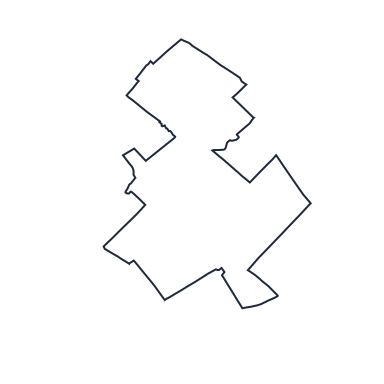 Corni, Galati, Romania (Natural Earth projection), rotated 327°
{"feature_id": "2599482B53256191678615", "entity_name": "Corni", "entity_type": "district", "adm_level": 2, "iso_a3": "ROU", "parent_name": "Romania", "parent_adm1": "Galati", "projection": "natural_earth1", "projection_center": [27.77, 45.857], "detail": "fine", "context": "isolated", "style": "outline", "palette": "slate", "viewbox_px": 384, "rotation_deg": 327, "n_neighbors": 0, "source": "geoboundaries", "source_scale": "gbopen_adm2", "svg_char_len": 3697}
<svg xmlns="http://www.w3.org/2000/svg" viewBox="0 0 384 384"><g transform="rotate(327 192 192)"><path d="M109.3,248.5L109.5,250.8L109.7,256.2L109.9,260.2L110.3,267.8L113.1,267.6L113.6,267.9L118.8,268.1L130.5,268.6L131.5,268.6L135.8,268.7L136.8,268.7L146.1,269.1L159.6,269.2L160.5,269.2L161.3,269.2L162.0,269.3L166.2,269.6L170.0,269.9L170.5,270.7L171.0,271.4L172.2,272.1L175.4,271.8L175.6,276.8L171.8,278.1L171.7,284.6L171.6,286.9L171.4,297.4L171.1,307.9L171.0,315.8L171.0,316.5L170.9,316.9L174.9,318.5L176.4,319.2L177.0,319.5L178.4,320.1L179.9,320.7L181.3,321.2L183.1,321.9L184.9,322.6L186.3,322.9L186.8,323.1L188.2,323.5L190.1,323.8L192.1,324.0L194.0,324.3L195.5,324.4L196.1,324.5L197.2,324.6L197.4,324.6L198.1,324.8L199.4,325.0L201.2,325.3L202.2,325.4L203.1,325.6L204.8,325.8L206.2,325.9L207.4,325.8L207.5,325.6L205.0,313.6L204.8,312.5L203.1,307.4L202.2,304.7L201.6,302.2L199.7,295.9L197.7,291.2L196.3,288.0L205.1,285.5L209.8,284.1L212.7,283.3L214.2,283.0L221.6,281.3L230.7,279.2L249.6,274.8L249.9,274.7L251.8,274.2L263.3,271.5L270.9,269.7L271.2,269.6L271.4,269.6L284.4,266.3L285.3,266.2L285.2,264.8L283.9,254.8L283.3,237.1L283.0,225.0L282.9,221.2L282.8,214.8L282.7,209.2L282.6,207.7L282.6,206.9L277.3,208.5L272.8,209.4L268.3,210.3L266.9,210.7L265.4,211.0L260.2,212.1L245.7,215.5L243.9,209.7L242.4,205.1L241.2,200.2L240.6,198.3L240.2,197.0L239.7,195.0L239.1,193.1L238.5,190.9L237.7,187.8L237.0,185.8L236.6,184.2L235.8,181.3L235.0,178.9L234.1,176.4L233.1,172.9L232.6,171.3L232.2,170.0L231.7,168.3L232.8,168.5L237.7,171.6L239.9,172.8L241.2,173.6L241.9,173.9L242.6,173.9L244.0,173.5L248.1,169.9L248.6,169.7L249.4,169.5L251.7,169.2L252.1,169.3L253.1,170.6L254.0,171.1L255.1,171.4L257.4,172.3L257.9,172.3L258.6,172.2L260.5,171.9L261.1,171.5L261.2,171.0L260.8,168.6L260.8,168.3L261.2,168.1L265.2,167.5L277.7,165.9L278.8,165.5L279.0,165.3L283.4,163.6L284.3,163.4L284.0,163.0L277.6,134.8L281.6,134.3L281.8,134.3L282.0,134.3L282.3,134.2L287.5,133.2L293.2,132.0L294.7,131.7L295.4,131.6L296.1,131.5L293.9,126.4L294.4,122.4L292.4,117.6L286.4,104.0L285.7,102.7L285.0,101.1L283.1,95.8L283.0,95.7L279.4,85.6L278.8,84.3L278.1,83.1L275.9,78.3L271.8,69.4L271.6,67.9L270.5,65.2L270.3,64.8L267.5,60.6L266.0,58.1L260.1,58.8L248.8,60.2L229.4,63.3L229.4,63.1L229.2,62.9L228.5,59.7L224.8,61.0L222.6,61.0L222.3,61.1L221.7,61.3L210.6,65.2L206.5,66.5L207.7,69.9L204.5,70.9L198.0,73.1L192.9,74.4L189.8,75.4L190.4,78.1L192.1,82.4L197.9,100.4L198.1,100.9L201.9,110.9L203.6,115.3L202.7,115.6L203.6,118.4L202.6,119.9L203.1,120.9L205.4,121.3L205.0,124.5L205.7,125.2L205.7,128.3L207.0,129.1L207.3,131.1L207.1,133.3L208.0,136.4L207.1,137.0L174.1,140.3L170.2,140.7L167.2,124.1L154.1,123.6L154.7,131.1L154.8,132.5L155.4,138.2L155.3,139.9L155.0,141.1L154.5,142.2L154.0,143.3L152.5,145.5L152.3,146.2L152.2,149.3L151.8,149.4L146.4,151.2L145.2,151.6L144.5,151.5L143.7,151.6L142.8,152.0L141.4,153.0L141.0,153.3L140.7,153.4L139.9,153.9L139.5,154.2L139.1,154.4L138.8,154.6L138.1,154.8L137.7,154.9L136.7,155.4L136.3,155.7L135.9,156.2L135.9,156.4L136.0,156.6L136.5,157.3L136.6,157.5L136.8,157.8L137.0,157.9L137.2,158.2L138.0,158.8L138.4,158.9L138.7,158.8L139.0,158.8L139.3,158.7L139.7,158.5L140.1,158.4L140.6,158.3L140.8,158.4L141.0,158.5L141.3,158.9L141.6,159.9L142.2,161.7L143.6,167.4L144.4,170.9L145.8,177.3L139.8,178.9L132.9,180.6L125.0,182.2L111.3,184.9L99.5,187.4L94.0,188.4L88.5,189.5L88.2,189.6L88.1,190.4L88.0,191.4L87.9,192.3L88.9,194.3L91.6,199.8L94.2,204.9L94.3,205.0L94.7,205.9L96.3,209.7L96.4,209.8L100.1,217.6L100.3,218.0L100.7,217.7L101.6,217.7L103.8,217.8L105.8,217.8L106.1,219.6L106.5,223.2L106.8,225.8L107.0,228.2L107.6,233.5L108.4,240.5L109.2,247.4L109.3,248.5Z" fill="none" stroke="#1e293b" stroke-width="2"/></g></svg>